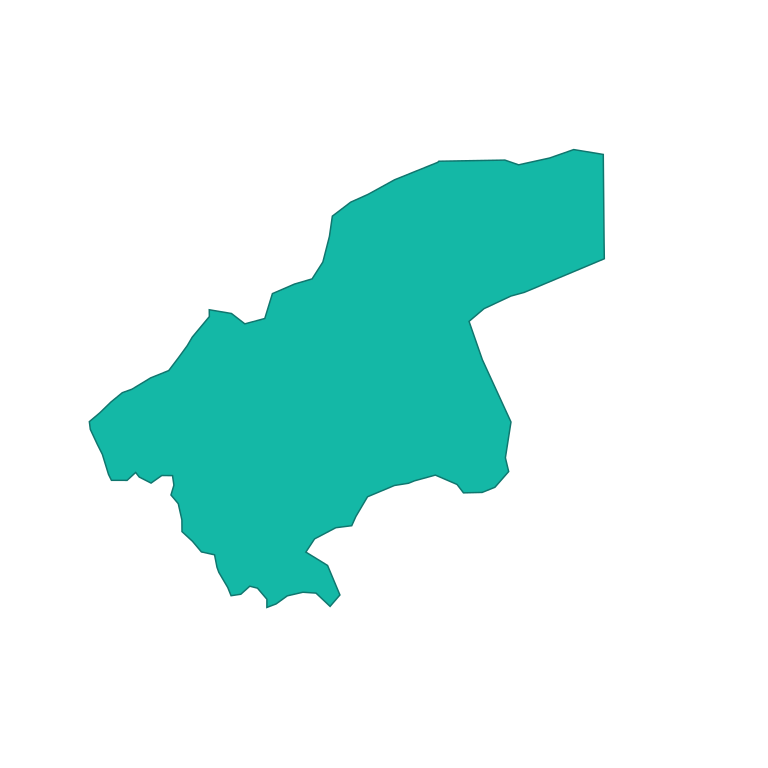 the district of Kellaki, Limassol, Cyprus, rotated 248°
{"feature_id": "46923920B49003106187901", "entity_name": "Kellaki", "entity_type": "district", "adm_level": 2, "iso_a3": "CYP", "parent_name": "Cyprus", "parent_adm1": "Limassol", "projection": "robinson", "projection_center": [33.159, 34.81], "detail": "fine", "context": "isolated", "style": "filled", "palette": "teal", "viewbox_px": 768, "rotation_deg": 248, "n_neighbors": 0, "source": "geoboundaries", "source_scale": "gbopen_adm2", "svg_char_len": 1269}
<svg xmlns="http://www.w3.org/2000/svg" viewBox="0 0 768 768"><g transform="rotate(248 384 384)"><path d="M220.7,191.7L220.5,201.6L223.8,215.0L221.3,230.8L215.6,242.6L198.0,250.7L204.9,264.1L236.9,263.7L257.4,248.6L266.4,261.6L268.8,285.5L264.7,301.0L271.7,308.3L285.6,326.5L286.0,355.7L282.8,369.5L282.8,376.0L280.3,397.5L263.5,414.1L253.3,416.9L246.7,434.4L246.7,448.2L256.1,466.8L270.1,468.9L301.2,487.5L369.6,484.3L410.2,486.3L416.4,505.0L418.0,534.6L416.4,548.4L417.6,635.2L433.1,641.2L514.7,673.3L530.3,647.7L531.5,622.2L536.8,590.9L546.3,580.0L570.0,518.3L569.4,516.8L569.4,493.8L569.4,470.3L565.8,440.1L565.1,421.3L559.0,399.0L541.3,388.7L520.0,373.0L508.4,356.7L510.2,338.5L509.6,314.4L489.4,298.0L491.9,277.5L506.5,269.0L518.3,249.8L511.9,247.3L499.3,223.8L493.3,216.0L485.0,202.7L477.1,189.4L477.1,169.9L473.6,148.3L474.0,138.2L469.6,124.1L463.7,109.6L459.5,96.7L451.9,94.7L435.3,95.6L424.3,96.5L403.3,94.7L396.8,95.2L390.9,109.7L395.0,120.6L389.4,122.2L379.4,130.9L382.4,143.7L378.3,153.6L368.9,151.3L360.9,144.9L350.1,148.4L333.7,145.7L322.8,141.4L309.9,147.5L296.7,151.8L289.1,162.9L276.7,160.5L271.2,160.3L253.8,162.9L245.0,162.9L242.7,172.5L246.8,183.8L242.1,190.2L228.3,194.8L220.7,191.7Z" fill="#14b8a6" stroke="#0f766e" stroke-width="1.5"/></g></svg>